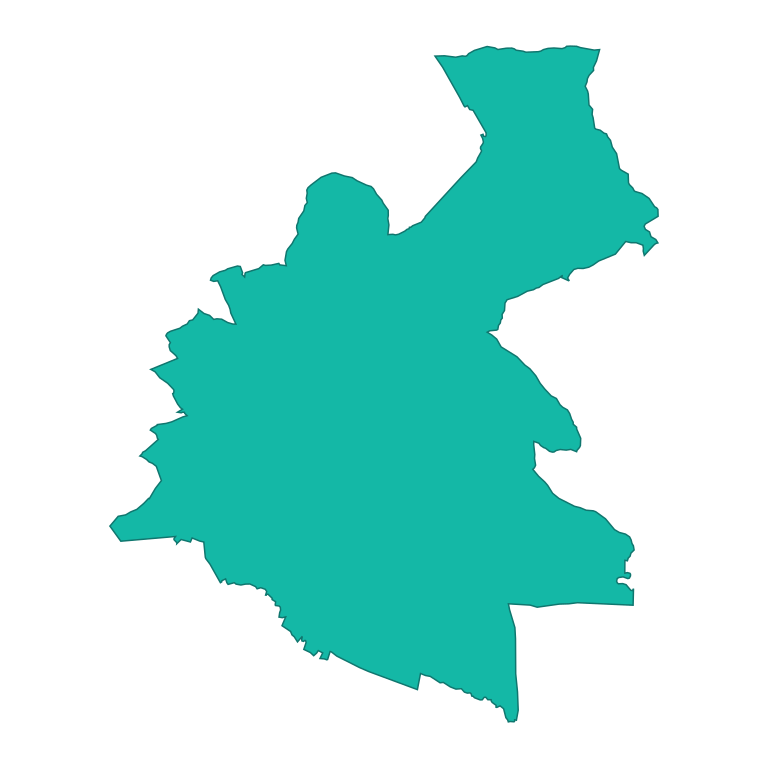 Scorteni, Prahova, Romania
{"feature_id": "2599482B36968704227514", "entity_name": "Scorteni", "entity_type": "district", "adm_level": 2, "iso_a3": "ROU", "parent_name": "Romania", "parent_adm1": "Prahova", "projection": "equal_earth", "projection_center": [25.859, 45.105], "detail": "fine", "context": "isolated", "style": "filled", "palette": "teal", "viewbox_px": 768, "rotation_deg": 0, "n_neighbors": 0, "source": "geoboundaries", "source_scale": "gbopen_adm2", "svg_char_len": 6091}
<svg xmlns="http://www.w3.org/2000/svg" viewBox="0 0 768 768"><path d="M518.2,710.3L517.5,691.9L515.7,673.8L515.5,638.7L514.9,627.6L509.6,609.9L508.4,603.8L530.2,605.1L537.2,607.2L559.2,604.1L568.8,603.8L577.5,602.7L633.1,605.2L633.5,588.7L632.4,590.6L630.8,590.3L626.1,584.7L622.7,583.6L618.4,583.8L617.3,582.9L616.6,581.2L617.2,578.6L618.8,577.5L623.1,576.9L627.9,578.6L629.4,578.1L630.5,575.9L630.5,574.2L629.9,573.3L627.3,572.6L624.9,573.2L624.8,571.5L624.9,560.3L627.4,560.8L628.2,558.1L630.1,556.2L630.9,553.2L634.1,550.0L633.4,545.8L632.0,543.5L631.1,539.9L629.6,536.9L625.5,534.1L619.2,532.4L614.5,529.6L605.5,518.8L595.7,511.7L593.2,510.8L586.1,510.2L580.2,507.7L574.5,506.3L558.9,498.4L552.6,493.3L547.7,485.4L544.7,481.9L538.6,476.3L532.8,469.3L534.4,467.8L535.6,465.2L534.5,458.5L534.8,454.6L533.7,444.6L533.8,441.4L538.9,443.2L540.6,445.5L543.7,447.6L545.7,448.3L549.5,451.3L552.3,452.1L554.0,452.0L556.2,450.5L560.1,449.5L566.2,450.1L570.8,449.4L576.6,451.7L577.0,450.4L579.5,447.5L580.4,445.6L580.7,438.3L576.7,429.1L576.6,427.2L573.2,424.2L573.2,422.2L571.6,419.3L569.7,413.6L567.4,409.9L562.6,407.2L560.0,404.7L556.4,398.5L551.2,395.9L544.9,389.2L540.2,383.4L535.9,375.9L529.9,368.8L524.9,365.1L517.0,356.8L501.1,346.9L496.7,339.1L491.8,335.0L487.2,332.2L489.7,330.8L496.6,330.1L497.8,329.4L498.5,325.4L500.3,323.0L500.8,320.0L502.3,318.1L502.1,314.4L504.5,310.5L505.0,303.1L507.1,299.7L517.7,296.4L527.2,291.2L533.5,289.7L536.4,288.0L538.9,287.5L543.0,284.5L558.6,278.4L561.6,276.0L562.1,275.8L562.1,276.3L561.4,276.7L561.3,277.4L568.6,280.7L569.0,280.4L567.6,278.0L569.6,274.4L573.8,269.5L577.8,268.3L583.1,268.5L588.8,267.2L593.2,264.9L598.7,261.0L615.4,254.1L625.7,241.5L631.0,242.7L636.2,242.7L642.9,245.2L643.4,248.5L643.2,251.1L644.3,255.4L653.9,245.0L655.6,243.6L657.9,242.9L655.8,239.5L651.0,236.7L649.5,231.9L645.4,229.4L644.1,226.3L645.3,224.0L658.1,216.3L657.9,209.5L656.6,207.8L654.6,206.7L649.1,198.4L642.0,193.5L635.2,191.5L634.2,190.8L632.7,187.9L629.4,184.6L628.5,182.7L628.2,174.1L621.4,170.3L619.5,168.6L616.6,153.7L612.3,147.1L610.5,140.4L607.7,136.9L606.5,133.9L603.9,133.1L600.2,130.2L595.8,129.1L594.7,128.1L593.1,117.7L592.1,114.4L592.6,109.3L589.0,105.0L588.3,94.1L587.6,91.1L585.2,86.3L587.0,81.9L587.4,78.7L589.1,75.3L593.6,70.4L593.4,67.4L596.5,60.9L599.6,49.6L594.2,50.1L580.4,47.6L576.6,46.3L570.2,46.1L566.6,46.3L565.2,47.6L562.1,48.6L554.0,48.0L548.0,48.4L543.4,49.6L540.8,51.1L538.3,51.7L525.9,52.2L523.1,51.2L516.2,50.2L514.2,48.8L511.8,48.1L506.3,48.2L497.9,49.5L494.9,47.9L487.1,46.5L474.4,50.4L468.7,53.6L466.9,55.7L465.4,56.3L462.2,55.9L455.7,57.2L444.5,55.8L435.0,56.1L442.7,67.3L459.8,97.6L464.0,105.9L465.0,106.9L467.5,105.6L469.7,109.5L473.1,110.3L486.1,132.8L486.1,135.6L485.5,136.5L483.6,136.3L483.0,134.3L480.9,135.1L482.6,138.4L483.4,142.0L483.0,143.4L480.6,147.0L480.5,148.6L481.5,150.6L481.4,151.4L477.7,158.0L476.2,161.9L460.8,177.8L425.3,216.4L424.9,217.8L421.3,222.2L412.7,225.7L410.7,227.3L409.4,227.3L409.1,228.7L407.1,229.3L404.7,231.2L398.7,234.2L395.5,234.9L392.9,234.3L387.9,234.6L388.9,224.9L387.8,218.5L388.3,215.5L388.2,210.2L383.2,203.2L381.8,200.1L376.6,194.3L373.5,188.8L371.1,186.5L366.4,185.1L356.9,180.7L352.3,177.6L344.5,176.0L335.6,172.9L331.9,173.1L321.1,177.3L311.0,185.0L308.0,187.7L306.8,190.1L307.2,193.3L306.3,198.3L307.3,202.6L304.9,205.5L303.8,210.9L298.7,218.4L298.0,222.5L296.8,225.3L296.6,227.9L298.1,234.1L294.4,239.2L292.2,243.5L287.8,249.0L286.5,251.6L285.0,260.3L286.3,265.7L279.8,264.9L278.8,263.4L271.2,265.1L265.4,265.4L263.3,264.8L258.8,268.6L245.6,272.6L245.1,273.3L244.6,277.0L242.0,274.5L242.6,272.8L240.3,266.5L237.5,266.0L227.7,268.8L225.3,270.3L219.6,271.9L213.1,275.6L211.2,277.9L210.5,280.2L213.7,281.4L217.7,280.8L220.6,286.7L225.3,299.5L228.7,305.4L230.1,309.3L230.8,313.1L235.9,324.1L233.0,324.1L227.6,322.5L221.7,319.2L216.9,318.8L213.7,319.4L209.6,315.4L204.0,313.5L198.4,309.2L198.0,313.2L192.7,319.9L189.4,320.7L187.2,324.0L182.5,326.2L179.9,328.2L170.4,331.3L167.6,332.9L166.5,334.3L165.9,335.8L170.4,342.7L169.2,344.6L169.2,346.9L170.3,350.6L176.0,355.7L177.6,358.4L150.8,369.4L155.1,371.8L159.8,377.8L167.6,383.2L173.6,389.5L174.0,390.8L173.6,393.1L172.7,393.6L173.4,396.0L177.6,404.0L180.4,407.7L182.5,409.2L177.5,412.2L181.2,412.8L182.7,412.2L184.4,412.3L184.8,413.5L187.1,415.7L182.9,416.9L171.6,421.9L166.1,423.4L157.2,424.6L157.1,425.3L151.3,428.5L150.3,430.1L155.5,433.5L156.7,435.3L157.4,438.3L158.3,439.4L145.6,450.7L142.7,452.3L142.0,453.9L139.9,456.0L142.2,456.7L146.6,459.5L149.0,461.9L152.4,463.3L156.3,466.3L161.4,480.6L155.4,488.4L149.3,498.7L148.6,498.4L143.8,503.4L136.8,509.4L130.7,511.9L125.6,514.9L118.2,516.3L109.9,526.1L120.8,541.2L175.5,536.5L174.0,538.7L174.0,539.7L176.9,542.8L176.8,543.7L181.1,539.5L190.4,542.0L192.1,538.0L199.8,541.1L203.8,542.0L205.3,557.2L205.8,558.6L210.0,564.2L220.4,582.7L221.7,581.9L221.9,580.7L225.6,578.9L226.9,582.8L228.1,584.4L234.3,582.7L236.0,584.1L240.9,585.0L245.5,584.1L249.9,584.0L255.6,586.6L257.1,588.8L260.8,587.7L265.3,589.3L266.7,591.5L265.6,595.1L266.2,595.2L267.0,594.2L268.1,594.3L272.2,598.3L272.1,599.6L275.6,601.7L275.2,604.9L275.5,605.5L279.1,606.0L280.3,607.2L280.6,610.1L279.7,612.5L279.0,617.1L282.3,617.7L285.7,616.9L282.0,625.7L290.6,631.5L292.0,634.9L294.2,636.7L297.5,641.9L301.9,636.8L302.2,637.1L301.7,639.2L301.9,640.9L303.5,641.4L304.9,640.4L305.6,640.6L306.1,642.5L303.8,649.4L310.3,652.5L313.7,655.7L316.6,653.1L318.3,650.6L322.7,652.9L320.0,658.5L324.3,658.9L326.8,659.8L327.6,659.5L330.1,651.5L331.4,651.9L336.8,656.1L359.4,667.5L368.6,671.5L417.4,689.6L420.5,673.5L425.5,675.5L430.3,676.4L440.1,682.8L443.3,682.4L450.3,686.9L455.9,689.1L461.4,688.7L464.4,692.1L467.3,693.1L470.1,692.9L471.0,693.5L471.8,696.1L473.2,696.3L474.4,697.7L478.2,699.2L480.2,699.9L482.3,699.8L484.0,697.5L484.9,697.2L485.9,697.4L487.8,699.7L491.1,699.7L491.2,700.9L492.2,702.5L496.1,705.3L496.0,707.2L496.8,707.4L500.1,705.9L503.6,708.7L505.9,717.7L507.7,720.0L508.3,721.9L510.2,721.5L514.0,721.8L514.5,721.4L514.6,719.8L516.4,720.2L518.2,710.3Z" fill="#14b8a6" stroke="#0f766e" stroke-width="1.5"/></svg>